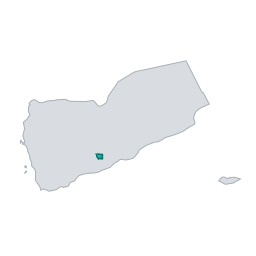 As Sa'id, Shabwah, Yemen shown in context, rotated 356°
{"feature_id": "15242507B10835252837826", "entity_name": "As Sa'id", "entity_type": "district", "adm_level": 2, "iso_a3": "YEM", "parent_name": "Yemen", "parent_adm1": "Shabwah", "projection": "mercator", "projection_center": [46.874, 14.278], "detail": "fine", "context": "in_parent", "style": "filled", "palette": "teal", "viewbox_px": 256, "rotation_deg": 356, "n_neighbors": 0, "source": "geoboundaries", "source_scale": "gbopen_adm2", "svg_char_len": 3833}
<svg xmlns="http://www.w3.org/2000/svg" viewBox="0 0 256 256"><g transform="rotate(356 128 128)"><path d="M210.7,109.8L201.5,113.2L199.1,114.7L196.9,116.5L195.3,118.8L194.1,122.9L195.0,126.6L194.9,128.6L192.5,129.9L190.3,130.8L187.9,132.2L186.4,132.6L185.2,133.8L183.8,134.6L178.7,136.6L173.1,138.2L164.2,140.2L160.8,142.3L157.7,143.7L153.0,144.1L146.5,146.1L142.9,147.7L138.4,150.3L137.4,151.1L136.6,153.0L135.2,154.6L132.5,157.3L130.5,158.7L129.2,158.8L126.5,159.5L123.4,159.7L118.2,158.7L116.9,159.4L115.8,160.4L111.7,162.3L107.6,165.9L104.6,166.9L99.8,168.1L96.4,169.6L94.1,170.2L91.2,170.5L85.8,170.4L80.6,170.9L75.9,172.0L73.6,173.9L71.1,177.0L66.9,178.3L65.9,179.4L64.7,181.7L62.0,182.3L59.5,182.7L57.0,181.7L52.3,184.4L50.5,184.9L47.8,185.0L45.9,185.6L44.5,185.4L42.8,184.3L39.2,183.0L36.5,183.9L36.3,181.3L31.9,173.3L32.8,166.4L32.8,165.4L31.9,162.3L29.3,159.4L29.4,155.8L28.5,153.2L27.8,150.6L28.0,149.9L28.1,149.2L26.7,145.1L26.3,144.3L26.1,143.5L26.5,142.8L26.5,142.0L25.8,140.8L25.0,138.4L21.5,136.5L22.2,134.8L22.9,135.4L23.8,135.9L24.0,134.8L24.0,133.9L22.5,128.6L24.8,121.5L24.0,115.0L27.4,112.4L28.3,111.7L28.8,111.0L29.6,109.5L30.7,109.0L31.0,107.5L31.0,106.7L30.3,106.0L29.8,104.2L30.0,101.9L30.1,101.0L30.5,99.2L31.7,98.6L32.0,98.1L31.0,97.0L31.1,96.3L33.2,94.5L33.9,93.9L35.3,93.3L36.3,93.3L37.5,93.7L38.5,94.2L39.5,95.1L40.6,96.2L42.3,96.6L43.4,96.5L44.3,97.0L45.1,96.7L46.0,96.2L47.4,96.2L48.6,95.6L52.2,95.3L55.7,95.5L59.4,94.9L63.0,95.0L66.6,95.0L67.5,95.1L68.2,95.4L71.3,97.1L73.7,97.4L78.4,97.8L83.4,98.3L87.7,98.7L91.4,98.4L94.5,98.0L95.3,98.1L96.2,99.1L98.1,101.6L99.8,104.0L102.8,104.1L104.8,103.2L106.9,102.0L108.3,101.0L109.8,97.1L110.8,94.6L113.0,91.8L114.9,89.4L117.4,86.3L118.8,84.6L121.5,81.1L124.1,79.8L129.1,77.2L134.1,74.7L137.3,73.0L140.0,72.2L144.6,71.6L150.0,70.8L155.4,70.1L161.1,69.2L167.5,68.3L171.9,67.7L177.5,66.9L182.2,66.2L186.3,65.7L190.5,65.1L191.4,67.0L192.2,68.9L193.0,70.8L193.8,72.7L194.6,74.6L195.4,76.5L196.2,78.4L197.0,80.3L197.8,82.3L198.6,84.2L199.4,86.1L200.2,88.0L201.0,89.9L201.8,91.8L202.6,93.7L203.4,95.6L204.2,97.4L205.5,98.0L206.2,99.8L207.4,102.3L208.5,104.8L209.6,107.3L210.7,109.8ZM222.9,185.0L224.1,185.3L225.8,184.6L230.6,184.5L236.5,186.6L235.4,187.1L234.7,187.9L232.2,188.6L229.6,190.2L222.1,190.9L220.0,190.5L218.2,189.0L214.8,187.0L216.1,185.7L216.4,185.1L216.9,184.5L218.8,183.6L220.7,183.7L222.9,185.0ZM23.8,160.2L23.6,160.6L23.2,160.5L22.1,159.5L23.4,158.4L24.0,159.4L23.8,160.2ZM20.2,135.2L19.7,135.6L19.5,134.9L19.9,133.2L20.5,132.8L20.9,134.0L20.6,134.6L20.2,135.2ZM23.2,165.2L22.0,165.7L22.9,164.2L23.7,163.9L23.9,164.0L23.2,165.2Z" fill="#d9dde1" stroke="#a8b0b8" stroke-width="1"/><path d="M100.4,156.8L100.5,156.6L100.5,155.6L100.4,155.4L100.4,155.1L100.4,154.8L100.4,154.7L100.3,154.3L100.4,154.2L100.5,154.1L100.7,153.9L100.8,153.8L100.8,153.6L100.8,153.3L100.8,153.2L100.7,153.1L100.6,152.9L100.5,152.6L100.4,152.4L100.2,152.4L99.9,152.4L99.8,152.5L99.6,152.5L99.3,152.6L99.2,152.6L98.9,152.5L98.6,152.4L98.3,152.3L98.2,152.2L97.9,152.1L97.6,152.1L97.4,152.1L97.2,152.0L97.0,151.9L96.9,151.9L96.7,151.9L96.4,151.9L96.1,151.8L95.9,151.8L95.6,151.9L95.3,151.9L95.2,152.0L94.9,152.0L94.7,152.0L94.8,152.1L94.9,152.3L95.0,152.5L95.0,152.8L95.0,153.0L94.9,153.3L94.9,153.6L94.8,153.9L94.8,154.0L95.0,154.3L95.1,154.6L95.3,154.8L95.3,155.0L95.5,155.2L95.5,155.4L95.6,155.5L95.7,155.8L95.8,155.9L95.8,156.1L95.9,156.3L96.0,156.4L96.3,156.5L96.5,156.6L96.6,156.8L96.7,156.7L96.8,156.7L97.0,156.5L97.1,156.4L97.3,156.3L97.5,156.4L97.7,156.5L97.8,156.5L98.0,156.4L98.2,156.5L98.3,156.5L98.5,156.4L98.5,156.5L98.7,156.4L98.8,156.4L98.9,156.5L99.0,156.4L99.2,156.5L99.3,156.5L99.5,156.7L99.5,156.8L99.7,157.0L99.8,157.0L100.0,157.0L100.1,156.9L100.3,156.8L100.3,156.7L100.4,156.8L100.4,156.8Z" fill="#14b8a6" stroke="#0f766e" stroke-width="1.5"/></g></svg>